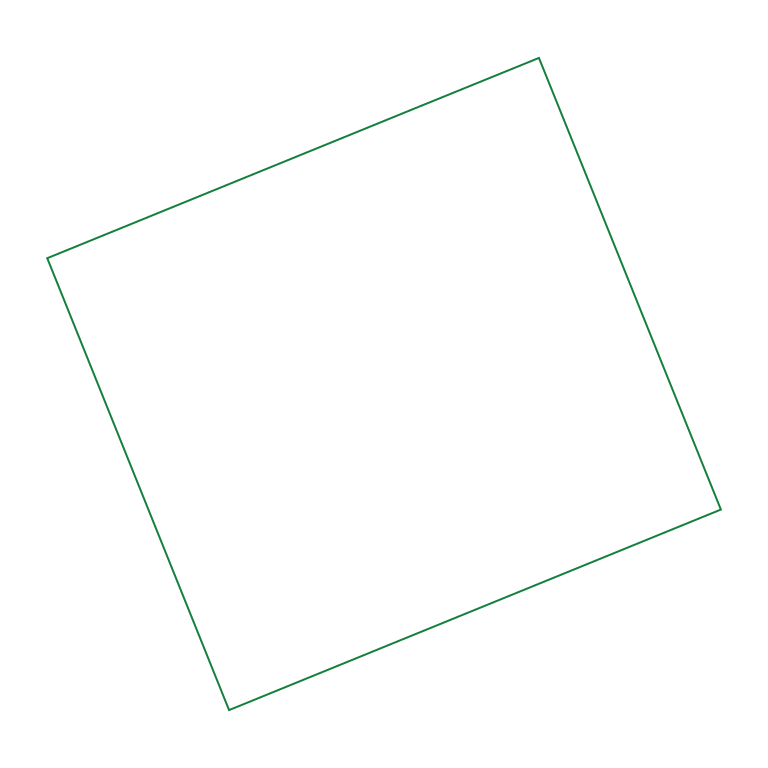 Pierce, Nebraska, United States of America (Robinson projection), rotated 338°
{"feature_id": "52423323B66217653244745", "entity_name": "Pierce", "entity_type": "district", "adm_level": 2, "iso_a3": "USA", "parent_name": "United States of America", "parent_adm1": "Nebraska", "projection": "robinson", "projection_center": [-97.585, 42.264], "detail": "fine", "context": "isolated", "style": "outline", "palette": "green", "viewbox_px": 768, "rotation_deg": 338, "n_neighbors": 0, "source": "geoboundaries", "source_scale": "gbopen_adm2", "svg_char_len": 250}
<svg xmlns="http://www.w3.org/2000/svg" viewBox="0 0 768 768"><g transform="rotate(338 384 384)"><path d="M118.9,141.2L118.2,628.3L649.3,626.6L649.7,261.4L649.8,139.7L515.9,140.0L118.9,141.2Z" fill="none" stroke="#15803d" stroke-width="2"/></g></svg>